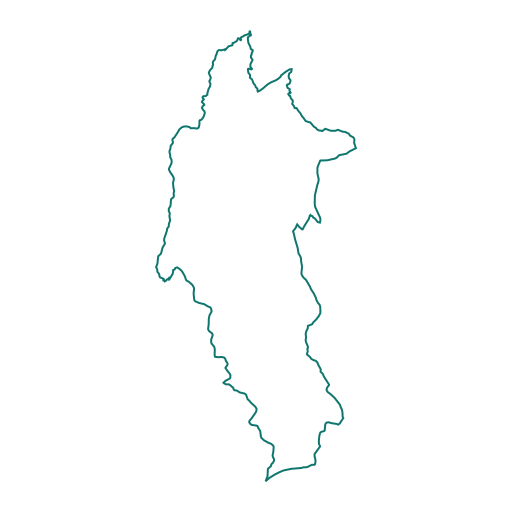 outline of Chinácota, Norte de Santander, Colombia
{"feature_id": "7082276B37523182527057", "entity_name": "Chinácota", "entity_type": "district", "adm_level": 2, "iso_a3": "COL", "parent_name": "Colombia", "parent_adm1": "Norte de Santander", "projection": "albers", "projection_center": [-72.587, 7.578], "detail": "fine", "context": "isolated", "style": "outline", "palette": "teal", "viewbox_px": 512, "rotation_deg": 0, "n_neighbors": 0, "source": "geoboundaries", "source_scale": "gbopen_adm2", "svg_char_len": 5998}
<svg xmlns="http://www.w3.org/2000/svg" viewBox="0 0 512 512"><path d="M355.9,148.2L354.1,142.8L354.4,140.1L354.2,138.6L353.2,137.3L350.0,135.6L348.8,133.7L345.3,132.0L342.4,131.6L337.9,129.8L335.3,130.8L331.9,130.8L330.3,130.6L325.3,128.8L322.2,131.1L320.9,130.6L318.8,130.4L317.2,129.5L315.6,127.7L313.7,126.5L310.5,122.6L305.7,121.1L303.2,117.5L302.1,116.5L300.2,113.0L298.2,110.7L296.8,108.4L296.3,108.0L295.0,108.2L294.5,107.8L294.1,106.3L292.2,103.9L292.8,101.8L292.7,100.3L290.9,98.5L290.1,95.9L289.2,95.6L288.3,94.2L288.4,93.6L289.1,93.2L290.3,93.1L290.6,92.7L289.5,90.9L289.7,89.1L287.5,87.8L286.8,85.1L287.2,84.6L288.4,84.3L289.5,83.6L290.5,81.1L290.4,80.0L289.1,78.5L288.6,76.2L289.2,73.5L290.8,72.3L291.4,71.2L291.6,69.1L289.6,69.4L285.7,71.8L281.1,75.4L280.5,76.8L278.5,78.6L276.0,80.2L270.7,82.5L267.5,84.5L263.0,88.4L260.1,90.5L257.9,91.6L257.4,90.5L257.5,89.1L257.2,88.4L255.9,87.3L255.1,85.2L253.5,83.4L252.1,79.5L249.9,77.7L250.1,74.9L248.4,72.8L247.9,69.8L248.0,69.0L248.7,68.7L251.4,69.4L251.9,69.0L251.8,68.5L250.4,66.9L250.4,64.3L252.5,60.0L252.4,59.5L250.9,57.6L250.9,56.9L251.0,55.5L251.7,54.4L251.7,53.1L252.7,51.2L252.7,50.3L252.5,49.8L251.2,49.4L250.7,48.7L250.3,46.7L248.4,42.9L247.8,38.9L248.0,37.2L249.6,35.9L250.8,35.4L251.0,35.0L250.3,33.5L250.3,32.4L249.8,30.7L249.3,33.1L248.9,33.9L244.2,35.5L243.5,36.2L241.4,37.1L240.8,37.9L241.1,39.7L240.8,40.2L240.3,40.0L239.3,38.5L238.0,38.3L237.2,40.4L236.5,41.2L234.2,42.6L232.6,43.1L232.5,44.9L232.3,45.2L228.6,46.3L225.5,49.7L225.0,50.0L224.8,49.4L224.2,49.8L223.2,49.8L221.4,50.3L218.7,50.1L217.6,51.1L217.0,52.4L216.7,54.0L215.9,55.3L215.0,59.3L213.1,61.5L212.8,62.8L213.1,64.7L212.5,66.0L212.4,67.3L212.1,68.1L210.1,70.0L208.9,72.4L208.9,73.2L210.8,77.6L210.1,80.0L209.4,81.0L209.4,81.6L210.4,83.7L210.2,85.7L209.7,87.1L208.7,88.6L207.5,92.7L207.3,94.7L205.6,96.1L203.4,96.2L202.6,97.0L202.8,98.3L203.7,99.1L203.8,99.5L202.3,100.9L201.9,102.0L204.1,104.3L204.3,104.9L202.5,106.5L201.9,107.9L202.9,109.6L204.5,111.4L204.8,112.8L204.0,115.8L203.0,117.7L201.5,119.6L200.9,120.0L200.0,120.1L199.5,120.6L199.4,124.7L198.7,127.5L197.6,128.4L196.5,128.5L194.0,128.1L190.9,128.3L189.5,127.1L186.7,126.4L184.1,126.5L181.8,127.3L179.4,129.4L177.4,132.9L174.3,137.5L172.7,138.8L172.4,140.0L172.9,141.8L172.8,143.1L170.7,145.8L170.3,149.1L169.5,151.0L169.5,152.2L170.3,155.5L170.1,157.0L171.5,159.7L171.7,162.0L171.3,163.7L169.1,168.3L168.9,169.5L170.2,172.2L172.6,175.6L173.8,178.1L173.7,180.0L173.0,182.8L173.5,188.2L174.2,191.0L173.6,193.5L173.9,195.8L173.5,197.2L171.2,199.0L170.8,201.5L170.7,204.8L170.1,206.6L168.8,208.7L168.8,211.1L169.8,213.2L169.4,216.0L170.1,220.5L168.9,223.9L168.7,226.6L167.2,228.5L166.9,230.6L165.8,234.1L164.2,238.6L164.1,240.4L164.8,242.7L164.8,243.9L162.6,247.5L161.0,253.6L158.2,256.3L157.4,263.8L156.1,267.1L157.2,269.4L157.4,271.8L159.0,273.8L159.8,277.1L160.4,277.5L163.2,278.6L163.5,278.9L163.2,279.0L163.4,280.4L164.0,280.4L164.6,281.4L166.3,280.5L166.7,279.6L168.0,279.1L168.8,278.2L169.2,279.5L169.3,279.4L172.6,274.0L173.1,271.8L173.1,270.1L174.7,269.4L175.3,268.0L177.0,267.4L179.4,268.8L181.5,270.7L182.7,272.4L184.9,276.4L186.0,279.8L187.2,281.0L188.6,281.6L192.1,284.6L193.5,286.8L194.0,288.0L194.0,289.4L193.6,293.4L194.0,297.6L194.3,300.1L195.1,301.2L199.2,303.0L204.1,304.1L207.7,306.3L210.3,307.4L211.0,308.4L211.6,311.0L211.3,312.1L209.5,315.3L208.8,318.9L208.7,324.2L208.1,329.0L208.8,330.8L212.0,333.3L212.7,334.8L212.5,335.9L211.2,339.5L211.2,342.5L211.6,343.6L214.3,346.9L214.8,349.6L214.6,355.0L214.9,356.3L215.2,356.9L219.0,357.2L221.3,357.0L222.8,357.2L224.2,357.6L225.1,358.5L226.0,361.1L227.4,363.1L227.6,364.1L227.2,365.3L225.5,367.6L225.5,368.1L228.0,371.7L229.2,372.9L230.4,375.1L230.3,377.6L229.8,378.5L225.5,380.8L223.5,382.7L224.0,383.3L225.9,384.3L229.1,384.4L229.8,384.9L233.3,387.9L233.5,389.0L234.3,390.2L237.0,390.6L239.6,392.4L244.4,393.5L246.0,394.6L247.7,399.3L249.2,400.6L251.0,402.8L254.7,406.1L255.7,407.3L256.6,409.0L256.4,410.6L255.8,412.3L251.7,418.2L249.5,420.8L249.2,422.3L250.8,424.4L251.8,424.9L256.9,425.7L257.5,426.1L258.3,428.0L260.2,431.0L260.9,436.5L261.5,438.0L264.0,440.3L268.2,442.7L271.1,443.8L273.1,445.5L273.7,446.9L273.3,452.0L272.6,455.2L272.8,456.7L274.0,459.1L274.0,460.8L272.9,462.8L271.5,464.1L270.8,466.3L267.9,468.8L267.5,476.3L265.6,481.3L269.1,478.1L274.9,474.5L279.4,472.2L283.4,470.5L291.4,468.8L301.2,468.0L303.1,467.4L306.7,467.2L308.7,466.4L311.8,464.8L314.5,464.8L315.0,464.1L315.5,461.7L315.4,459.5L314.5,456.2L314.6,454.0L320.1,446.4L319.0,443.9L318.8,441.5L319.3,436.1L319.9,433.7L320.3,432.6L321.4,431.8L324.0,431.1L324.7,430.5L325.2,424.9L325.7,423.5L326.6,422.6L328.6,422.3L331.7,423.2L336.4,423.9L338.3,424.6L339.7,423.5L343.3,418.0L342.6,416.6L342.5,413.2L342.1,410.1L340.7,407.1L339.9,404.7L334.7,398.0L330.6,394.2L327.7,392.0L326.6,390.2L326.7,388.6L327.2,387.5L328.9,385.3L329.0,384.5L324.0,376.7L322.6,373.6L320.6,371.8L320.7,369.4L320.4,368.6L318.5,365.3L317.4,362.5L315.6,360.7L313.9,360.3L311.3,358.9L310.0,357.0L307.3,354.7L306.9,354.1L307.7,351.5L307.4,348.6L307.9,348.0L308.0,347.4L307.8,346.3L306.1,342.3L305.6,339.9L306.1,337.9L305.7,333.9L306.2,331.4L307.7,328.6L307.9,325.9L312.2,324.2L313.4,322.2L316.5,319.2L317.5,317.6L318.3,316.9L320.3,313.3L320.4,310.9L320.2,306.5L319.5,304.6L318.0,303.0L316.5,300.1L315.8,297.7L313.8,293.5L311.0,289.2L309.9,286.5L306.1,280.0L303.4,277.5L301.9,275.1L301.5,274.0L301.5,272.0L302.1,266.7L301.2,261.9L300.9,258.1L300.3,256.4L298.5,253.3L297.7,248.1L295.1,239.4L293.8,233.6L293.0,231.4L295.5,228.1L297.2,224.4L299.3,227.0L302.1,229.3L302.6,229.4L304.5,225.8L308.9,218.8L309.7,216.0L310.4,215.0L311.2,215.8L312.5,216.2L313.2,217.5L314.8,218.4L317.8,222.1L319.9,222.6L320.4,220.0L320.2,217.9L315.1,206.8L314.7,203.7L314.9,195.4L317.3,185.0L318.4,181.7L318.7,179.4L317.4,173.2L317.4,168.1L317.9,166.2L320.2,160.7L320.4,160.5L327.2,160.3L335.1,158.5L336.8,157.6L339.1,155.2L346.5,153.7L349.7,151.3L355.9,148.2Z" fill="none" stroke="#0f766e" stroke-width="2"/></svg>